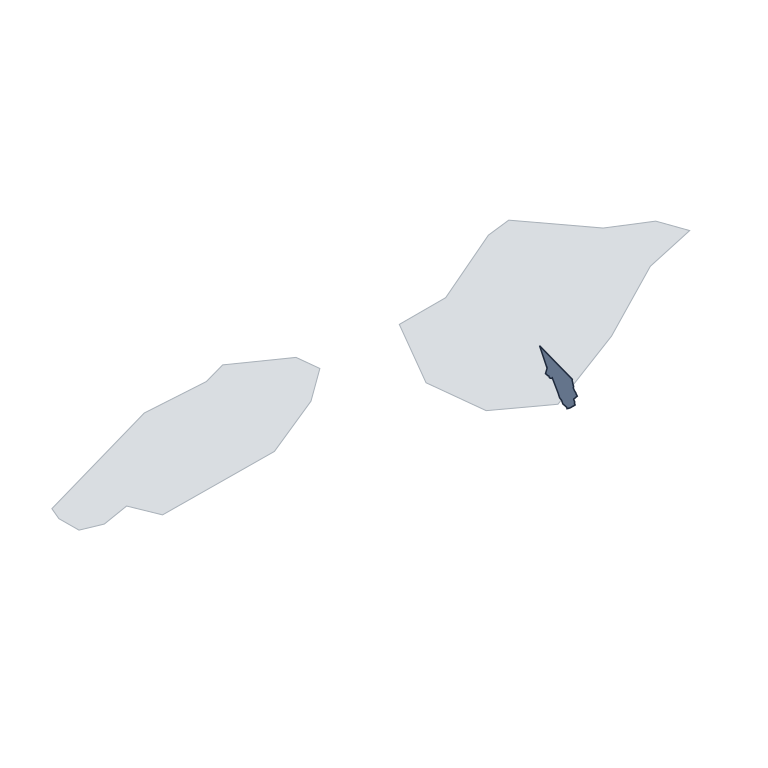 location of Gagaemauga III, Gaga'emauga, Samoa, rotated 134°
{"feature_id": "51752279B15532907109577", "entity_name": "Gagaemauga III", "entity_type": "district", "adm_level": 2, "iso_a3": "WSM", "parent_name": "Samoa", "parent_adm1": "Gaga'emauga", "projection": "albers", "projection_center": [-172.363, -13.506], "detail": "fine", "context": "in_parent", "style": "filled", "palette": "slate", "viewbox_px": 768, "rotation_deg": 134, "n_neighbors": 0, "source": "geoboundaries", "source_scale": "gbopen_adm2", "svg_char_len": 2260}
<svg xmlns="http://www.w3.org/2000/svg" viewBox="0 0 768 768"><g transform="rotate(134 384 384)"><path d="M277.7,244.8L332.2,292.0L353.9,354.6L330.5,414.4L279.0,399.6L204.4,412.3L179.5,408.1L119.6,334.7L78.1,301.7L61.3,270.7L114.3,274.2L191.5,253.6L277.7,244.8ZM704.4,536.3L571.4,536.3L505.7,513.5L482.3,513.3L426.0,465.8L417.4,440.9L447.1,424.6L508.6,416.0L632.0,452.4L650.6,484.4L679.0,487.9L701.0,501.9L706.7,524.3L704.4,536.3Z" fill="#d9dde1" stroke="#a8b0b8" stroke-width="1"/><path d="M274.6,235.2L274.3,235.1L274.0,234.8L273.9,234.6L273.3,234.4L273.0,234.2L272.9,234.1L272.6,234.0L272.3,233.7L271.5,233.4L270.3,233.0L270.1,233.0L269.6,232.9L268.8,232.7L268.7,232.7L268.3,232.5L268.1,232.4L268.1,231.7L267.9,232.3L267.5,232.3L267.0,232.3L266.9,232.2L266.8,232.3L266.4,232.3L266.5,232.1L266.4,232.0L265.9,232.5L265.8,232.8L265.8,233.2L265.6,233.5L265.4,233.8L265.1,234.0L264.8,234.1L264.5,234.2L264.5,234.4L264.1,234.9L264.0,235.3L263.9,235.8L263.8,236.0L263.6,236.1L263.4,236.6L263.4,236.8L263.1,237.0L262.7,237.1L262.4,237.0L261.6,236.8L261.4,236.8L260.4,236.8L260.0,236.7L259.8,236.8L259.5,236.7L259.4,236.7L259.1,236.6L258.9,236.6L258.5,236.5L258.4,236.7L258.2,237.3L258.0,237.8L257.9,238.4L257.8,238.7L257.5,239.1L257.4,239.3L257.2,239.7L257.1,239.9L257.0,240.2L256.9,240.7L256.8,241.2L256.7,241.5L256.6,242.1L255.3,245.2L255.0,245.4L254.7,245.4L254.4,245.7L254.0,245.9L253.8,246.1L253.7,246.4L253.7,246.6L253.4,247.1L253.3,247.4L253.1,247.5L252.8,247.9L252.6,248.4L252.6,248.5L252.1,248.9L251.5,249.9L251.0,250.8L250.8,251.1L250.7,251.2L250.1,251.5L249.8,251.8L249.1,277.2L248.6,292.3L248.4,298.7L258.5,279.3L258.4,279.1L258.7,278.7L258.9,278.5L259.0,278.4L259.0,278.0L259.5,277.6L264.4,275.0L264.4,274.6L264.3,274.4L264.2,274.1L264.1,273.5L264.3,272.9L264.3,272.2L264.2,271.9L264.0,271.6L263.9,271.4L263.8,271.2L263.8,270.8L264.1,270.3L264.3,270.0L264.4,269.7L264.5,269.4L264.4,268.9L264.4,268.5L264.3,268.3L264.0,268.1L263.7,267.6L263.6,267.4L263.3,267.2L262.9,267.2L262.7,267.2L269.7,252.2L270.5,250.8L270.6,250.7L271.0,249.8L271.5,249.0L271.7,248.5L272.0,247.9L272.0,247.4L272.1,247.0L272.2,246.1L272.2,245.5L272.5,244.7L274.1,241.5L273.9,238.3L273.9,237.0L273.9,236.4L274.6,235.2Z" fill="#64748b" stroke="#1e293b" stroke-width="1.5"/></g></svg>